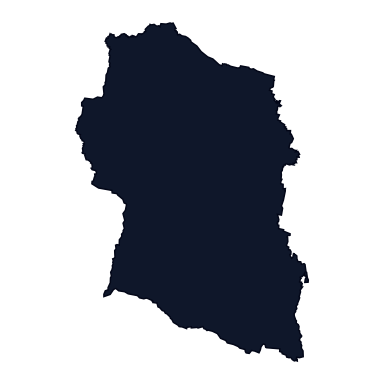 the district of Lao Khwan, Kanchanaburi, Thailand
{"feature_id": "78962969B77063732556274", "entity_name": "Lao Khwan", "entity_type": "district", "adm_level": 2, "iso_a3": "THA", "parent_name": "Thailand", "parent_adm1": "Kanchanaburi", "projection": "orthographic", "projection_center": [99.659, 14.592], "detail": "fine", "context": "isolated", "style": "filled", "palette": "ink", "viewbox_px": 384, "rotation_deg": 0, "n_neighbors": 0, "source": "geoboundaries", "source_scale": "gbopen_adm2", "svg_char_len": 5932}
<svg xmlns="http://www.w3.org/2000/svg" viewBox="0 0 384 384"><path d="M103.9,296.6L110.2,294.4L113.3,289.8L114.8,288.7L116.1,288.6L118.7,290.8L124.6,291.7L128.2,293.8L137.5,295.6L139.5,297.8L143.8,298.8L146.2,298.1L147.5,298.4L152.4,300.6L152.3,301.3L153.1,301.4L152.9,302.5L157.0,303.1L158.0,306.9L159.7,307.6L162.2,310.5L164.2,311.1L165.4,313.3L166.6,313.6L170.1,316.9L170.5,318.4L171.8,319.3L173.4,322.4L177.8,325.0L179.2,326.6L182.2,326.9L186.6,328.6L186.9,327.3L191.3,326.7L191.3,327.9L197.1,327.4L198.0,328.0L202.9,326.6L204.0,328.7L205.5,329.1L207.0,330.5L208.0,330.1L212.4,331.2L217.4,333.6L220.6,338.3L225.8,340.5L227.3,342.9L233.4,344.4L238.2,346.5L239.8,348.1L245.0,349.5L245.4,351.7L246.2,352.9L249.2,353.4L251.6,350.5L254.6,351.0L259.0,352.8L260.3,350.0L261.0,346.9L262.6,344.6L263.7,344.0L265.1,344.6L265.7,347.3L266.5,347.7L279.8,348.8L279.7,351.5L282.0,352.3L282.2,353.7L286.1,355.1L286.7,357.1L289.0,357.7L290.9,357.5L292.3,359.6L294.3,360.9L296.0,360.5L297.3,361.0L297.2,359.3L296.2,359.1L296.8,357.2L299.4,357.7L303.2,356.7L303.0,350.9L301.7,348.9L301.3,347.4L301.7,345.5L300.9,343.8L301.0,342.1L299.3,340.2L300.4,337.3L301.3,337.0L301.7,336.0L299.7,333.1L299.6,330.9L298.6,330.2L299.0,326.5L298.3,324.7L296.2,323.1L296.4,320.8L295.9,320.5L294.3,316.1L294.1,313.6L295.6,311.6L295.6,310.1L296.8,308.7L296.1,306.1L297.6,304.4L297.5,303.4L299.3,298.9L299.6,297.7L299.1,296.8L300.5,292.0L300.2,290.1L302.4,287.1L301.7,287.1L301.8,286.0L300.9,286.0L301.0,285.3L301.8,285.3L302.2,283.5L301.1,282.7L301.3,282.2L299.6,281.9L300.5,278.7L301.0,278.5L300.2,277.3L302.0,276.6L301.8,276.3L303.1,275.6L304.4,273.5L304.3,275.6L306.5,276.7L305.3,279.1L304.8,282.4L308.1,282.2L308.3,280.0L307.3,277.5L306.6,272.3L306.0,271.9L305.0,264.5L304.1,263.7L301.5,264.3L300.7,261.8L297.9,261.6L296.9,258.8L296.8,255.9L295.4,254.7L294.8,254.9L294.3,253.7L293.5,253.6L292.9,257.1L291.6,258.4L290.2,255.8L289.9,254.5L290.8,254.3L291.0,251.7L290.1,249.9L288.5,249.6L288.7,247.1L287.0,246.3L286.5,245.1L287.8,241.7L287.6,237.5L286.8,237.0L287.7,235.7L290.0,235.3L290.1,233.8L283.3,231.1L283.6,229.7L278.6,228.6L278.8,225.3L278.0,225.2L277.2,223.4L277.3,222.7L277.8,222.7L277.7,221.6L278.5,221.4L278.8,219.5L277.4,214.3L281.4,215.1L282.6,208.2L281.4,206.0L283.4,200.1L285.2,191.3L285.3,190.0L284.8,189.9L285.3,188.6L283.1,188.8L283.1,184.3L280.7,183.7L280.8,181.6L281.9,179.3L281.0,179.1L281.4,175.0L281.1,172.1L282.2,170.5L282.8,166.7L283.5,166.8L284.3,164.7L285.2,165.1L286.2,163.7L289.1,164.8L289.8,164.9L289.8,164.1L293.3,164.8L292.7,164.2L293.0,163.2L294.6,163.7L295.0,162.5L296.5,162.7L295.7,160.4L295.9,159.7L296.8,159.6L296.9,157.0L299.1,157.2L298.4,154.6L299.5,154.3L297.9,151.4L296.1,151.7L296.3,150.8L295.5,151.3L295.7,150.5L293.7,149.9L291.8,148.4L290.6,148.8L288.9,147.7L290.0,143.4L291.6,142.5L293.3,138.7L291.2,134.1L290.2,134.0L290.5,130.6L286.8,130.6L286.5,128.5L285.2,128.3L285.7,126.9L284.3,126.7L284.6,124.7L280.3,122.1L280.5,120.9L278.0,120.2L277.8,118.2L279.4,114.9L276.4,113.9L276.8,111.9L276.3,110.7L277.3,110.1L277.7,106.4L279.6,105.8L280.0,106.6L281.3,105.7L279.1,103.8L280.4,100.8L279.5,100.7L279.1,101.9L278.5,101.5L277.1,103.5L276.2,102.8L277.3,101.1L276.6,100.7L275.8,101.7L274.2,100.3L275.0,99.5L273.1,97.0L274.2,94.6L271.6,93.7L272.0,91.0L269.5,90.3L270.3,88.1L272.8,87.1L273.3,86.3L273.7,81.2L274.3,80.2L273.6,79.8L274.3,76.5L264.2,73.9L262.7,72.8L257.0,71.0L253.5,68.8L251.2,69.2L249.4,68.6L248.8,67.4L240.6,65.9L239.8,67.8L237.6,68.0L230.6,66.3L228.0,64.9L226.8,65.2L226.5,64.3L224.4,63.9L223.9,64.2L222.6,63.8L222.0,65.8L219.2,64.8L212.9,59.0L207.7,56.9L201.1,51.6L196.8,46.0L191.2,42.1L190.5,40.2L188.0,38.0L185.5,36.5L181.8,35.8L179.7,34.3L177.6,34.8L177.2,31.9L176.2,31.8L176.2,30.8L174.9,30.4L175.0,28.9L176.0,28.6L173.1,23.1L171.8,23.5L170.0,23.0L166.2,24.1L160.9,23.7L160.0,26.8L158.9,25.8L156.7,26.2L154.1,24.4L151.5,24.9L150.0,24.4L149.8,25.5L148.3,26.2L145.3,29.3L145.7,31.6L144.4,31.8L144.3,32.6L141.6,34.4L141.4,33.9L138.5,33.8L136.6,36.6L135.5,37.0L135.0,36.5L133.6,36.8L133.9,36.0L132.2,35.5L131.7,36.8L131.0,36.2L129.8,37.1L128.5,36.8L128.5,37.4L127.7,37.0L127.6,35.9L126.0,35.8L126.2,34.8L124.2,33.7L121.2,34.4L120.9,35.3L120.0,35.7L119.7,37.2L119.1,37.4L119.0,36.9L118.6,37.4L118.1,36.8L116.3,37.8L114.2,36.9L113.9,34.8L112.4,34.8L111.3,34.1L110.8,34.6L110.1,33.8L109.2,36.3L108.0,36.6L108.2,38.1L106.7,38.0L106.8,38.8L106.2,38.7L105.2,41.4L106.0,41.8L106.1,42.7L106.6,42.3L106.1,43.1L107.1,43.8L107.2,45.9L109.3,46.8L108.8,47.1L109.6,47.3L109.3,48.3L110.8,49.3L110.1,49.9L109.0,53.6L109.5,54.2L109.2,55.3L110.1,56.0L109.0,61.6L109.4,62.7L110.1,63.2L109.5,65.0L110.1,66.7L108.3,68.2L107.5,72.6L106.1,75.0L105.8,81.3L105.1,82.5L105.4,84.5L103.3,86.8L104.0,93.7L103.3,96.0L101.8,97.8L97.5,97.1L93.1,99.3L84.8,98.2L83.7,100.5L81.7,102.5L81.7,105.9L83.3,106.3L82.1,114.4L80.2,117.2L79.4,117.3L78.4,118.9L79.1,119.9L78.7,121.1L78.0,121.4L77.1,125.4L76.6,125.6L76.8,127.8L76.0,128.5L76.2,129.5L75.7,130.3L77.2,131.5L77.1,132.9L77.8,133.8L80.4,134.7L79.9,136.0L80.8,138.4L82.1,139.7L82.1,140.6L84.0,141.3L84.3,143.3L83.3,143.8L84.2,144.7L83.1,145.6L83.5,146.2L82.5,148.3L83.0,151.7L82.2,152.4L82.4,153.2L85.1,154.0L84.8,155.3L86.2,159.7L88.2,160.0L91.1,162.3L90.7,163.0L91.9,163.8L92.3,166.4L91.9,168.4L91.3,168.4L92.2,169.7L95.4,170.5L96.3,171.7L96.4,173.9L94.7,174.1L95.1,176.6L94.5,176.9L93.3,181.1L92.1,181.4L91.9,183.8L98.6,188.0L111.9,190.4L112.2,192.9L116.9,193.6L117.8,195.1L122.9,199.3L124.1,202.9L126.3,203.9L126.5,204.8L125.4,210.3L123.0,213.6L124.8,220.5L123.1,223.2L124.4,228.6L123.2,230.5L123.2,232.3L121.6,234.2L121.8,235.9L121.4,237.2L119.4,239.7L119.2,245.1L117.0,244.6L115.6,245.2L116.1,248.7L114.7,250.6L115.0,257.1L114.5,258.1L112.7,258.9L113.3,260.8L112.8,262.3L113.2,263.9L112.3,265.8L112.6,267.3L111.9,270.0L110.7,272.2L111.4,276.1L110.5,277.8L110.3,282.8L108.1,287.5L108.1,289.8L105.3,290.8L103.9,294.2L103.9,296.6Z" fill="#0f172a" stroke="#020617" stroke-width="1.5"/></svg>